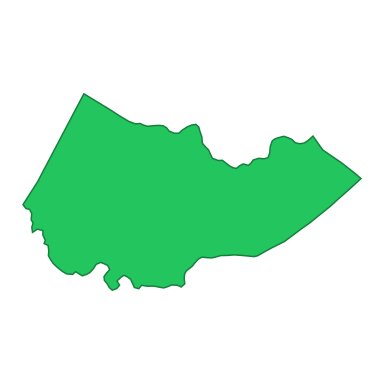 Indiaroba, Sergipe, Brazil
{"feature_id": "56859067B75422103596121", "entity_name": "Indiaroba", "entity_type": "district", "adm_level": 2, "iso_a3": "BRA", "parent_name": "Brazil", "parent_adm1": "Sergipe", "projection": "orthographic", "projection_center": [-37.529, -11.47], "detail": "fine", "context": "isolated", "style": "filled", "palette": "green", "viewbox_px": 384, "rotation_deg": 0, "n_neighbors": 0, "source": "geoboundaries", "source_scale": "gbopen_adm2", "svg_char_len": 1919}
<svg xmlns="http://www.w3.org/2000/svg" viewBox="0 0 384 384"><path d="M48.8,251.1L48.4,255.7L50.9,260.1L53.5,263.8L57.1,267.1L59.7,269.3L62.5,271.5L66.7,273.9L72.7,274.4L75.7,271.7L78.6,273.6L82.2,275.8L86.6,274.4L89.8,272.6L93.3,268.9L96.2,264.3L100.7,262.4L104.0,263.7L107.7,265.4L109.7,269.6L106.6,273.0L104.0,276.6L104.4,280.4L107.2,283.8L109.5,287.8L112.3,290.2L116.8,288.5L119.6,285.2L117.0,281.1L121.1,277.1L124.0,275.3L127.4,276.9L130.5,279.2L132.3,282.8L134.4,287.5L138.8,288.7L141.6,285.3L147.1,286.2L154.0,286.1L159.4,287.2L163.7,287.9L167.3,286.8L171.6,285.0L177.3,285.2L181.2,287.0L184.8,283.8L184.2,278.5L184.6,274.1L186.3,271.0L189.0,268.8L192.3,266.2L195.1,262.6L198.2,259.2L202.1,257.1L207.2,257.7L212.0,257.9L215.3,257.1L220.7,255.6L227.8,255.4L234.2,254.9L241.6,255.4L249.9,256.2L254.0,256.6L257.6,255.8L263.1,252.6L270.7,248.4L284.6,241.4L300.9,229.2L310.2,222.6L320.2,214.4L330.8,205.9L336.7,200.4L348.5,190.0L361.0,178.6L354.9,173.3L341.5,162.8L322.9,150.1L319.8,145.8L313.0,136.1L308.1,140.5L304.2,143.1L299.6,143.7L295.4,142.8L291.7,139.3L288.0,137.7L283.9,136.3L279.8,137.3L275.0,138.8L272.2,141.0L270.4,146.0L269.6,153.3L268.0,157.7L264.1,158.8L258.9,158.3L253.2,160.0L251.1,163.0L248.3,165.4L243.3,163.9L239.6,165.8L236.3,168.4L233.0,167.7L229.6,166.0L225.9,163.1L222.4,160.3L218.1,160.5L212.4,158.3L210.2,153.7L208.5,149.9L205.5,146.9L202.4,143.3L201.8,136.7L200.0,131.6L198.8,127.1L195.9,124.4L191.8,125.0L187.2,126.9L182.0,130.3L179.0,133.1L174.6,133.3L169.2,131.2L166.4,127.6L162.9,125.7L158.5,125.4L153.1,125.7L147.5,126.3L143.2,125.0L140.1,123.5L135.5,123.9L128.8,121.4L122.1,117.4L118.8,115.4L111.5,110.6L83.9,93.8L73.8,112.9L45.5,166.7L43.5,170.4L38.0,181.1L23.0,204.6L26.0,208.6L29.5,209.3L31.7,213.5L31.2,219.9L33.1,223.0L31.8,227.1L32.5,232.4L37.3,229.2L42.9,230.5L42.9,235.0L45.3,240.3L44.1,243.6L48.1,245.4L48.8,251.1Z" fill="#22c55e" stroke="#15803d" stroke-width="1.5"/></svg>